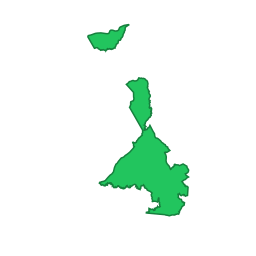 Barra do Bugres, Mato Grosso, Brazil (Albers equal-area conic projection), rotated 60°
{"feature_id": "56859067B85276228121814", "entity_name": "Barra do Bugres", "entity_type": "district", "adm_level": 2, "iso_a3": "BRA", "parent_name": "Brazil", "parent_adm1": "Mato Grosso", "projection": "albers", "projection_center": [-57.646, -15.115], "detail": "fine", "context": "isolated", "style": "filled", "palette": "green", "viewbox_px": 256, "rotation_deg": 60, "n_neighbors": 0, "source": "geoboundaries", "source_scale": "gbopen_adm2", "svg_char_len": 5982}
<svg xmlns="http://www.w3.org/2000/svg" viewBox="0 0 256 256"><g transform="rotate(60 128 128)"><path d="M216.2,110.2L209.3,105.6L208.1,105.9L207.6,106.5L207.6,107.1L207.0,107.0L206.6,107.6L206.1,107.2L205.7,107.4L205.2,107.2L204.7,107.8L203.4,107.7L201.4,108.1L201.0,105.3L201.3,104.1L200.7,102.1L200.7,100.1L197.9,101.4L196.3,101.2L196.6,100.0L196.4,98.3L195.6,97.2L194.7,96.5L191.4,96.6L190.6,96.1L186.7,98.3L186.3,102.3L185.2,102.8L183.8,104.9L183.2,105.2L183.2,105.7L182.8,105.8L182.8,106.1L183.5,106.7L183.8,106.6L184.1,107.4L184.0,108.1L184.4,108.2L184.6,108.6L184.4,108.8L184.5,110.7L185.1,111.1L185.1,111.9L181.7,111.4L178.7,112.0L177.2,112.0L175.3,111.4L172.2,109.3L170.2,108.7L167.9,108.7L167.5,108.5L167.8,107.3L168.2,107.3L168.5,106.6L168.4,103.0L165.7,103.6L164.3,103.2L162.7,104.3L161.1,104.1L159.5,105.1L158.7,105.2L157.4,106.0L155.4,106.2L152.6,107.2L151.7,107.6L150.6,108.8L149.9,109.0L148.7,109.0L146.2,107.9L143.4,108.0L136.7,107.7L138.1,109.7L137.8,111.2L138.8,112.2L138.6,113.0L138.0,113.7L137.9,114.0L138.4,114.6L138.1,114.9L137.0,114.3L137.1,113.4L136.0,113.4L135.6,111.8L135.1,112.2L134.3,112.0L133.7,112.4L133.8,111.9L132.9,111.3L132.8,110.8L132.1,110.5L130.8,108.3L130.8,107.2L129.5,104.5L129.7,103.5L129.1,103.0L128.7,101.6L127.9,101.3L127.5,101.5L126.7,100.9L127.0,100.2L125.7,99.7L125.1,100.0L124.6,99.0L124.0,99.1L123.4,98.4L123.4,98.0L123.0,97.9L121.8,97.9L121.8,98.7L121.5,99.4L120.6,99.2L120.0,98.3L118.4,97.4L117.8,97.5L117.3,97.1L116.9,96.0L116.4,95.9L116.4,96.4L116.0,96.4L115.1,95.7L115.1,95.3L114.2,95.7L113.7,95.6L112.9,94.9L111.6,92.8L111.2,92.6L110.0,92.3L109.7,92.5L108.5,92.5L107.8,92.0L107.1,92.1L106.9,91.3L105.0,91.4L102.8,91.1L102.2,90.7L102.2,90.2L101.1,89.8L99.7,88.6L97.3,87.9L96.2,88.0L95.6,88.5L93.9,88.8L92.7,89.8L92.4,90.7L91.5,91.4L91.2,92.4L90.0,93.5L90.3,94.2L91.0,94.9L91.4,96.6L90.8,98.6L89.4,99.8L89.1,100.6L89.0,102.1L88.5,103.7L89.2,105.5L89.4,107.6L99.9,105.4L104.1,107.7L104.9,107.8L106.3,108.8L107.0,109.7L106.7,112.5L107.8,113.4L108.4,113.3L108.9,113.6L109.4,114.5L110.4,115.3L110.8,116.3L138.4,116.4L138.0,116.5L137.9,116.9L139.4,117.6L139.7,118.5L140.4,119.1L141.4,119.3L141.6,121.0L142.0,122.0L142.0,123.4L142.4,123.8L142.5,124.6L143.2,125.8L143.5,126.9L144.6,128.0L144.3,128.7L144.5,129.4L143.0,130.5L142.8,131.1L143.2,131.3L143.4,131.1L144.6,131.2L146.4,132.2L147.2,131.8L148.2,133.7L149.8,138.6L150.3,141.8L150.4,144.2L150.9,145.7L151.0,146.6L150.6,148.9L152.1,153.0L153.2,155.1L153.3,156.5L155.5,159.5L158.7,162.5L159.7,164.9L159.9,167.1L160.8,170.1L162.2,174.0L162.0,175.7L161.2,178.2L161.5,178.7L160.9,179.5L161.3,180.2L161.7,180.0L161.8,179.5L162.1,179.6L162.1,180.1L162.8,179.7L163.4,179.9L163.8,179.5L164.2,179.6L164.6,178.7L164.4,178.4L165.4,177.6L165.9,177.7L166.7,176.8L166.6,176.3L166.2,176.4L166.2,175.7L166.7,175.1L165.8,175.3L165.6,174.9L166.4,174.1L165.6,173.7L165.4,173.2L166.1,173.2L166.5,172.5L166.2,171.8L167.0,171.5L166.6,170.8L166.9,170.2L167.4,170.1L167.5,170.5L168.4,170.9L168.6,170.6L168.5,170.2L168.9,170.2L168.9,169.8L169.7,169.6L170.4,170.3L170.4,169.8L170.9,170.0L171.7,169.7L171.9,170.0L172.1,169.8L172.5,170.0L173.1,169.1L172.9,168.4L173.2,168.5L173.2,168.1L173.7,167.9L173.7,167.5L173.4,166.0L173.0,165.8L173.1,165.3L173.4,165.0L174.0,165.2L174.7,164.7L175.1,164.8L176.1,164.4L175.9,164.1L175.6,164.1L175.9,163.7L176.8,163.1L177.1,163.5L178.1,162.6L177.6,162.0L178.5,161.8L178.7,160.9L178.2,160.5L178.3,159.9L178.1,159.6L178.2,159.1L177.9,159.4L177.3,157.9L177.4,157.6L177.9,158.0L178.5,157.5L179.0,157.6L180.0,156.9L180.3,156.9L180.7,155.7L180.5,155.4L180.2,155.2L179.9,155.6L179.2,155.0L179.8,154.5L180.2,153.9L179.9,151.8L180.2,150.2L181.6,149.6L182.4,150.4L182.4,149.8L183.0,150.1L183.3,149.4L184.0,149.4L184.0,150.0L184.5,150.3L184.6,149.6L185.7,149.8L186.8,148.8L186.3,148.8L187.1,148.1L186.6,147.7L186.4,146.8L185.5,146.6L184.8,145.7L185.0,145.1L184.7,145.0L185.7,143.3L185.3,143.5L185.0,143.0L185.8,142.9L187.7,143.4L188.6,143.3L189.1,142.6L190.2,142.2L191.3,142.4L192.6,141.6L194.0,140.5L196.2,139.7L196.6,140.0L197.3,141.2L199.0,141.8L200.2,141.7L201.1,142.6L202.7,142.8L203.6,143.3L203.7,144.2L204.5,141.9L205.6,140.4L206.9,139.4L204.2,136.9L203.9,136.6L204.2,136.3L206.9,137.9L208.6,138.0L209.4,138.9L210.0,138.7L211.2,139.4L212.0,139.3L212.3,140.2L211.1,141.7L210.8,141.7L211.6,142.5L211.0,143.5L211.5,144.3L210.9,145.2L211.5,145.5L212.1,145.2L212.4,145.4L212.5,146.2L211.8,146.5L211.9,147.0L211.2,146.8L210.8,147.4L210.4,147.5L210.1,149.1L209.6,149.4L209.2,149.2L208.1,150.0L210.4,151.4L211.0,151.3L211.1,151.6L210.2,154.2L210.7,154.6L211.2,154.0L221.5,139.4L222.5,138.6L223.0,137.8L224.7,136.1L225.3,133.3L226.8,130.9L226.5,130.4L226.8,129.3L227.1,129.0L227.2,127.8L227.9,127.2L226.6,125.5L225.8,125.6L225.8,124.8L225.0,123.9L225.1,123.6L223.8,121.4L223.1,120.7L223.0,119.2L222.8,118.8L222.9,118.0L220.9,116.4L219.8,117.1L220.1,117.5L219.1,118.0L216.5,117.5L215.3,118.8L214.3,118.9L213.4,119.3L213.0,119.2L212.9,118.9L211.5,118.0L210.6,118.0L210.3,117.7L210.8,116.9L210.5,116.2L212.4,116.2L213.2,115.8L213.2,113.7L213.4,113.2L213.8,113.2L213.9,112.8L214.5,113.2L214.8,112.7L215.8,112.3L215.8,111.5L216.2,110.2ZM42.2,117.2L42.4,116.8L42.4,115.8L42.9,114.7L43.4,114.2L44.5,114.1L46.5,112.8L46.9,112.9L47.1,111.8L47.4,111.8L47.5,111.0L47.9,110.8L47.8,110.2L49.3,109.2L49.7,108.7L49.4,108.5L49.6,108.2L50.0,108.4L49.3,106.8L49.7,106.7L49.8,106.2L49.4,106.3L49.1,106.0L49.9,105.4L50.0,104.3L50.9,104.1L51.0,103.8L50.6,103.7L50.8,103.4L51.7,102.9L51.5,102.1L52.0,101.8L51.8,99.9L52.3,99.3L51.5,98.7L51.0,97.7L49.6,96.2L49.5,95.8L49.7,94.8L49.4,94.1L47.5,92.6L47.4,92.2L48.0,91.3L48.1,90.9L47.8,90.0L46.9,89.4L46.6,87.9L46.0,86.8L45.3,86.0L44.7,85.7L43.1,83.2L42.6,83.0L41.9,81.7L39.4,80.0L39.1,75.8L38.7,75.9L37.2,80.0L36.7,84.3L37.0,85.3L38.5,87.2L38.5,88.7L37.6,90.7L35.7,92.3L34.7,93.9L34.8,95.0L36.4,97.1L36.3,98.1L35.6,99.4L32.1,103.9L30.4,107.3L29.7,109.1L28.9,113.6L28.1,116.2L29.0,117.2L42.2,117.2Z" fill="#22c55e" stroke="#15803d" stroke-width="1.5"/></g></svg>